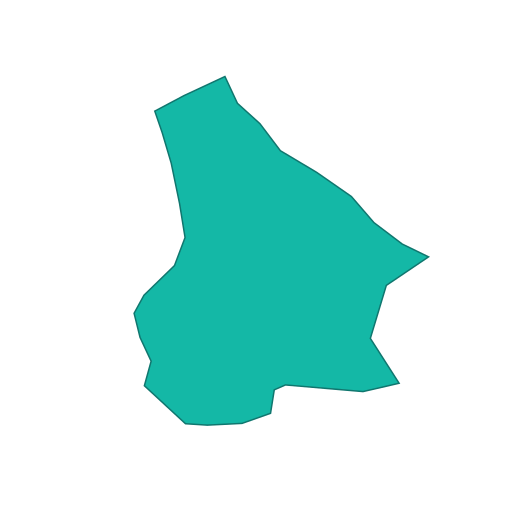 the state/province of La Massana, rotated 245°
{"feature_id": "AND-4877", "entity_name": "La Massana", "entity_type": "state/province", "adm_level": 1, "iso_a3": "AND", "parent_name": "Andorra", "parent_adm1": "", "projection": "mercator", "projection_center": [1.476, 42.553], "detail": "fine", "context": "isolated", "style": "filled", "palette": "teal", "viewbox_px": 512, "rotation_deg": 245, "n_neighbors": 0, "source": "natural_earth", "source_scale": "10m", "svg_char_len": 553}
<svg xmlns="http://www.w3.org/2000/svg" viewBox="0 0 512 512"><g transform="rotate(245 256 256)"><path d="M133.8,121.2L185.6,100.0L205.0,116.5L231.2,116.5L255.6,121.3L267.8,137.9L281.8,178.1L302.7,199.5L335.9,208.9L376.0,218.4L407.4,223.1L430.1,225.5L431.8,258.7L431.8,303.7L402.2,303.7L374.2,315.5L341.1,322.6L306.2,346.3L269.6,367.6L236.4,377.0L205.0,393.6L182.3,412.0L174.3,361.7L133.0,324.8L80.2,331.9L87.9,295.7L126.7,228.2L127.0,216.0L107.3,202.7L110.2,172.6L123.3,140.4L133.8,121.2Z" fill="#14b8a6" stroke="#0f766e" stroke-width="1.5"/></g></svg>